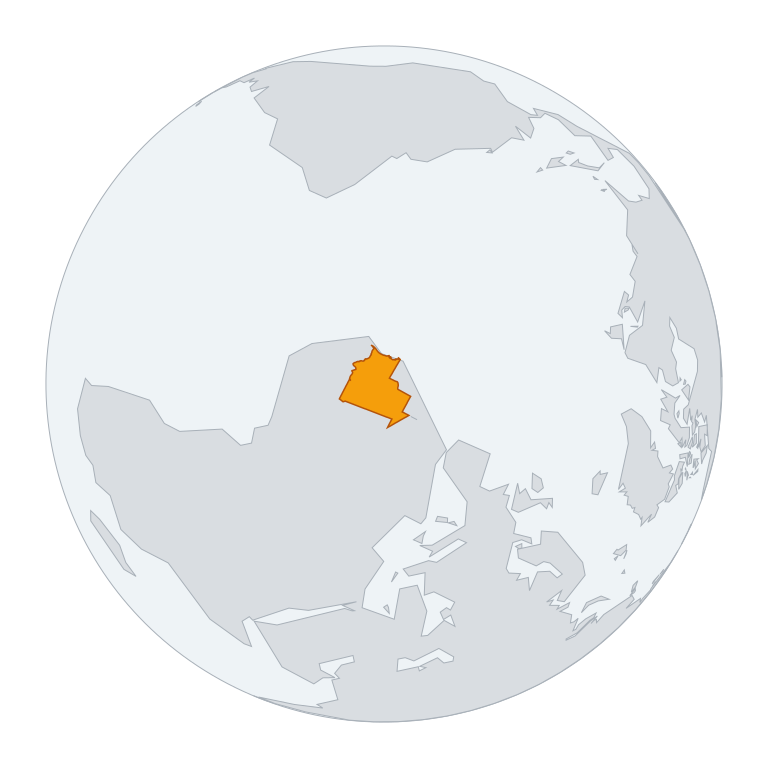 Mauritania on an orthographic globe, rotated 119°
{"feature_id": "MRT", "entity_name": "Mauritania", "entity_type": "country or territory", "adm_level": 0, "iso_a3": "MRT", "parent_name": "Africa", "parent_adm1": "", "projection": "orthographic", "projection_center": [-11.622, 21.016], "detail": "fine", "context": "on_globe", "style": "filled", "palette": "amber", "viewbox_px": 768, "rotation_deg": 119, "n_neighbors": 0, "source": "natural_earth", "source_scale": "50m", "svg_char_len": 13163}
<svg xmlns="http://www.w3.org/2000/svg" viewBox="0 0 768 768"><g transform="rotate(119 384 384)"><circle cx="384" cy="384" r="338" fill="#eef3f6" stroke="#a8b0b8"/><path d="M165.6,126.1L176.7,117.2L169.2,123.4L177.3,117.2L187.3,109.5L191.9,106.1L233.4,81.8L261.2,69.2L288.2,59.9L315.9,53.0L315.7,53.1L331.6,50.2L322.0,53.4L284.2,64.8L283.0,68.6L255.1,86.9L261.8,85.2L255.5,92.4L260.9,93.4L254.2,97.5L264.3,94.9L269.4,91.1L275.5,89.0L279.2,89.5L271.3,94.4L268.3,94.9L267.8,96.7L262.3,99.1L267.1,98.2L257.1,104.8L272.3,99.4L268.8,105.5L260.7,109.7L254.7,107.8L221.0,116.0L211.0,121.3L202.8,129.9L201.8,148.1L193.5,155.3L187.3,166.2L194.9,162.3L202.5,152.7L215.2,149.2L223.0,138.8L229.3,136.3L240.1,127.1L245.7,130.5L245.4,139.0L236.8,147.2L236.4,151.5L250.5,146.0L240.1,164.5L243.3,183.2L239.8,188.4L222.4,192.9L207.4,186.3L184.8,196.1L206.8,192.2L197.7,206.8L199.3,210.7L204.1,211.9L210.4,207.6L208.8,213.6L186.5,218.6L187.6,213.2L194.6,211.4L187.5,208.8L172.4,214.1L169.0,222.0L149.8,224.5L147.1,230.5L141.5,235.0L147.0,225.0L136.7,243.7L113.6,255.3L99.0,289.4L105.4,258.9L102.8,251.8L98.2,247.4L95.6,252.7L93.2,241.9L84.8,246.9L72.3,270.9L65.8,293.6L69.3,302.3L74.7,293.2L79.8,296.5L66.9,323.3L74.3,337.5L68.3,359.6L69.2,374.5L75.2,376.2L80.7,386.8L87.8,376.8L97.8,375.0L94.8,394.0L102.9,379.8L106.8,391.8L128.7,401.5L126.2,405.0L144.2,435.6L168.8,453.9L174.4,469.4L171.0,476.8L180.6,482.1L180.9,487.6L223.7,506.3L249.3,524.6L250.9,543.1L234.3,560.4L230.5,599.9L203.7,605.6L204.5,620.0L196.8,636.3L179.5,628.8L192.4,641.7L189.3,645.1L180.2,641.6L185.5,648.4L179.2,645.6L188.3,652.5L188.6,657.0L200.7,666.0L203.6,669.4L211.8,674.6L209.0,673.0L208.9,673.0L209.5,673.4L184.0,656.4L183.5,656.0L179.3,652.7L175.5,649.8L165.5,639.9L165.2,640.5L146.3,619.9L137.4,604.5L112.7,550.1L105.1,536.2L89.2,514.5L69.0,459.7L70.7,443.7L67.9,432.6L77.2,413.0L77.2,386.1L74.6,380.0L70.5,386.9L64.0,362.4L65.1,340.2L63.3,281.2L67.1,268.7L73.3,253.3L104.3,194.3L76.3,244.7L81.2,234.1L94.4,209.9L109.6,186.8L126.6,165.1L145.3,144.8L165.6,126.1ZM93.8,300.2L102.7,327.0L93.3,323.0L95.9,321.1L94.6,311.7L90.6,300.5L83.6,298.6L93.8,300.2ZM107.5,286.6L105.6,283.5L108.1,285.2L107.5,286.6ZM193.1,105.2L187.0,109.7L176.3,117.8L180.8,114.1L193.1,105.2ZM212.6,92.8L214.3,91.8L212.7,92.8L203.8,98.2L204.6,97.6L212.6,92.8ZM236.2,126.1L238.0,126.6L235.1,128.0L236.2,126.1ZM239.1,121.8L234.4,123.1L235.1,121.3L238.0,120.5L239.1,121.8ZM244.8,120.8L236.9,118.0L238.2,115.0L250.4,109.9L244.8,120.8ZM359.1,47.0L359.6,47.0L356.7,47.2L359.1,47.0ZM269.4,89.8L264.1,93.8L265.2,90.1L269.4,89.8ZM268.6,88.0L262.9,81.4L272.5,76.4L272.5,79.3L282.2,73.1L289.7,73.7L286.0,77.3L278.3,80.2L287.0,78.4L268.6,88.0ZM359.3,47.3L362.2,47.2L357.7,47.5L359.3,47.3ZM278.1,87.8L276.1,86.7L284.3,82.1L289.8,83.7L285.3,84.6L278.1,87.8ZM281.1,71.4L288.2,68.7L296.2,68.3L300.0,67.4L290.7,73.3L281.1,71.4ZM285.3,85.9L292.3,84.7L291.8,87.5L280.6,88.7L285.3,85.9ZM284.1,80.4L288.2,78.4L287.7,79.9L284.1,80.4ZM293.8,98.0L291.3,96.0L295.3,93.3L293.8,98.0ZM295.0,84.1L295.1,83.1L296.4,82.0L300.8,81.9L295.0,84.1ZM297.0,72.9L298.8,73.6L301.2,70.4L307.3,70.6L300.0,74.7L305.7,73.0L307.5,73.1L299.5,76.5L297.0,72.9ZM309.2,78.7L302.0,84.9L305.9,88.8L302.4,91.1L296.8,84.6L309.2,78.7ZM304.2,77.0L306.5,78.5L301.0,80.3L296.0,80.5L304.2,77.0ZM314.0,69.3L306.6,68.0L308.4,67.2L314.0,69.3ZM311.4,79.4L313.1,77.9L312.3,79.4L311.4,79.4ZM314.4,71.8L311.6,71.4L313.7,70.4L314.4,71.8ZM318.9,75.7L316.5,77.5L313.1,77.5L318.9,75.7ZM317.7,73.6L321.4,72.5L313.3,76.4L316.1,73.5L317.7,73.6ZM317.0,71.1L317.3,70.4L317.9,71.4L317.0,71.1ZM333.3,75.2L323.8,80.1L316.2,79.9L326.4,75.0L333.3,75.2ZM212.8,675.3L212.0,674.8L227.2,683.2L225.1,682.3L212.8,675.3ZM225.1,680.6L229.0,681.5L232.5,683.3L230.6,683.2L225.1,680.6ZM379.2,46.1L378.8,46.1L379.8,46.2L359.6,47.0L359.1,47.0L379.2,46.1ZM694.7,251.1L694.9,251.6L708.8,293.6L716.3,324.2L718.6,342.0L707.7,306.9L697.1,280.4L696.7,287.2L682.5,271.3L668.2,286.1L663.0,280.3L661.0,286.9L650.5,285.0L641.4,275.2L636.5,279.5L660.0,305.1L664.9,300.7L664.6,284.5L670.6,295.0L680.3,300.0L680.9,336.0L654.4,382.6L646.6,360.7L599.4,309.6L597.9,302.0L597.5,301.2L596.6,299.9L597.7,312.8L587.8,302.5L618.6,340.3L626.1,358.5L654.2,384.3L652.8,389.0L660.3,393.1L677.8,372.6L679.0,380.4L674.0,422.4L645.1,486.0L646.0,516.1L638.8,543.6L614.3,569.4L609.9,588.2L596.2,599.2L591.0,610.2L576.3,624.6L554.3,640.0L523.8,647.9L527.1,639.0L519.8,623.9L511.8,581.2L525.0,557.0L524.5,539.7L501.9,503.7L507.2,479.7L499.9,471.2L485.4,475.8L476.3,465.4L467.0,466.3L405.4,480.6L383.5,466.6L349.8,420.4L358.7,400.8L354.8,378.4L411.2,297.5L429.4,300.0L480.8,282.5L488.4,284.0L489.0,302.0L533.0,315.0L539.3,298.2L572.5,301.2L590.3,294.7L584.8,261.0L555.6,270.9L543.9,257.4L561.9,236.4L586.5,229.2L582.7,223.9L561.6,216.8L561.6,204.4L553.7,213.6L561.1,217.8L556.3,224.2L549.3,220.9L549.5,216.3L540.5,216.4L541.6,239.6L549.2,246.4L529.1,256.6L540.0,269.2L536.5,277.5L516.9,259.4L514.5,251.5L482.8,234.9L483.5,243.9L513.5,260.6L506.7,260.4L507.9,274.4L501.6,263.7L468.6,244.6L446.7,254.2L428.6,291.5L413.8,296.3L396.8,291.6L393.6,257.3L427.2,250.5L426.5,239.8L411.3,226.5L422.8,226.1L420.7,220.3L432.6,217.6L441.1,201.6L451.9,198.1L447.3,180.9L452.2,177.2L453.5,188.1L460.2,194.5L486.1,187.7L488.8,183.1L483.7,172.8L491.4,172.9L483.2,164.0L494.2,156.6L473.9,158.6L467.4,148.2L469.6,138.6L463.8,135.9L460.1,151.9L461.9,158.2L469.3,162.7L471.0,182.1L463.8,187.1L448.2,169.4L436.3,175.1L429.4,160.1L443.7,123.8L453.7,115.4L487.0,120.8L489.3,127.5L478.5,128.5L495.8,136.1L490.9,131.3L497.3,131.9L492.7,123.4L497.1,123.5L485.2,115.7L490.0,114.9L497.5,119.8L494.8,108.0L502.6,105.1L499.9,102.6L494.8,100.6L508.2,99.1L505.6,97.3L500.2,97.1L491.6,93.7L481.5,87.5L486.7,87.2L491.0,89.4L507.9,94.4L518.7,101.1L519.8,100.5L511.7,94.7L491.1,88.5L483.5,84.9L493.1,86.8L489.0,85.8L486.9,84.1L489.7,82.4L479.1,80.0L448.7,64.5L451.0,60.8L462.9,63.5L447.2,55.7L451.1,54.3L446.1,53.8L435.2,51.1L433.9,51.3L430.6,51.0L402.1,46.8L399.4,46.4L387.2,46.1L411.6,47.2L435.8,50.1L459.8,54.7L483.4,61.0L506.5,69.1L529.0,78.8L550.6,90.0L571.5,102.8L591.3,117.1L610.0,132.8L627.6,149.8L643.9,168.0L658.8,187.4L672.3,207.7L684.3,229.0L694.7,251.1ZM399.2,337.8L399.4,344.7L399.4,344.8L399.2,337.8ZM617.8,238.4L629.0,233.3L614.7,217.0L617.8,214.0L611.8,209.9L613.6,215.9L597.5,204.5L599.0,196.4L592.9,189.3L588.8,190.8L588.7,207.8L611.7,223.6L613.1,232.8L617.8,238.4ZM129.5,401.5L131.7,406.4L127.9,404.9L129.5,401.5ZM89.8,329.8L92.8,332.5L93.6,336.6L90.9,335.8L89.8,329.8ZM120.0,348.9L124.4,353.0L118.9,352.0L120.0,348.9ZM104.6,330.8L116.3,346.4L105.7,346.8L98.6,337.2L104.8,339.2L104.6,330.8ZM101.6,296.2L102.9,299.0L101.0,302.0L101.6,296.2ZM109.3,288.0L108.4,287.7L108.7,284.2L109.3,288.0ZM199.0,206.5L200.8,206.3L204.6,208.6L200.8,209.9L199.0,206.5ZM233.7,207.2L230.5,216.9L230.2,210.5L224.2,213.5L216.2,204.5L237.6,190.6L229.3,198.2L233.7,207.2ZM211.4,189.9L214.1,196.4L210.3,189.9L211.4,189.9ZM397.6,194.3L404.3,196.9L403.7,203.9L390.0,210.9L390.7,200.6L397.6,194.3ZM414.0,199.3L402.3,181.2L410.4,177.0L407.8,182.3L414.3,181.3L412.0,189.6L431.1,204.3L431.8,211.7L406.0,219.0L414.1,212.2L407.0,209.6L414.0,199.3ZM358.3,151.1L353.3,145.5L377.2,143.2L379.1,148.8L365.5,155.4L355.3,152.8L358.3,151.1ZM267.9,113.4L264.5,113.1L266.7,111.5L271.4,110.4L267.9,113.4ZM292.3,97.2L285.2,113.6L280.9,113.9L281.9,124.4L271.0,129.4L270.7,122.2L263.1,134.6L258.4,130.2L254.5,138.7L255.0,122.2L250.5,119.5L259.7,120.4L269.8,115.7L272.9,112.8L278.2,103.1L273.6,95.9L282.9,90.9L290.8,89.3L293.3,90.3L286.4,93.0L294.8,92.4L286.8,97.2L292.3,97.2ZM377.1,86.2L368.1,86.9L383.5,90.5L375.6,93.6L377.8,93.9L374.7,98.0L374.9,103.8L370.4,104.7L372.4,106.6L370.4,109.7L371.7,112.8L363.9,115.9L364.8,120.1L360.6,119.3L364.3,125.9L358.1,122.4L354.9,126.8L362.6,127.8L317.7,141.4L303.7,151.3L295.3,161.9L285.8,155.8L287.5,142.6L295.7,128.0L310.6,119.9L303.6,119.2L308.7,115.3L312.1,117.5L309.8,111.9L314.9,109.5L322.2,99.3L315.8,93.8L318.4,90.3L323.4,91.3L322.4,87.3L333.6,87.0L335.7,84.7L348.8,82.7L357.4,86.7L359.0,83.9L369.1,82.8L377.1,86.2ZM337.1,74.7L349.1,77.6L350.7,81.1L327.1,83.4L323.7,85.5L308.7,88.1L306.7,83.3L311.2,82.9L315.1,81.4L314.1,83.5L317.8,80.8L324.1,80.4L328.7,78.3L331.3,79.7L337.1,74.7ZM492.9,276.2L498.0,275.9L505.1,273.5L506.0,282.7L492.9,276.2ZM470.4,263.4L474.4,261.4L479.1,272.3L473.8,273.0L470.4,263.4ZM472.6,251.6L474.3,260.5L470.2,256.1L472.6,251.6ZM456.8,186.1L460.6,183.9L462.6,186.1L462.3,190.2L456.8,186.1ZM421.1,101.1L415.6,100.1L415.8,98.8L406.8,93.9L412.0,91.7L419.4,93.8L421.1,101.1ZM582.1,268.2L579.4,276.1L575.6,274.1L577.3,271.7L582.1,268.2ZM542.7,280.2L553.6,281.5L542.8,282.7L542.7,280.2ZM425.2,97.9L420.9,96.0L426.1,96.2L425.2,97.9ZM415.3,89.9L420.7,89.6L411.5,90.9L415.3,89.9ZM672.2,521.6L645.9,574.1L636.9,579.2L640.2,567.1L653.2,537.0L665.3,523.3L672.5,507.6L672.2,521.6ZM719.7,345.4L719.9,347.1L716.8,326.5L718.7,337.4L719.7,345.4ZM463.1,82.7L469.9,91.5L478.2,97.7L488.3,100.5L477.0,100.9L464.2,91.3L463.1,82.7ZM450.0,66.4L441.2,65.0L442.9,63.9L445.2,64.1L450.0,66.4ZM446.2,66.8L439.3,68.5L433.0,66.7L439.7,65.6L446.2,66.8ZM432.7,81.6L434.4,84.1L430.1,83.7L432.7,81.6ZM364.3,46.9L362.4,47.2L361.6,47.1L364.3,46.9ZM430.2,51.3L425.7,50.8L424.9,50.2L430.2,51.3ZM412.8,49.5L416.8,50.4L410.4,49.5L412.8,49.5ZM426.1,52.7L417.3,50.8L428.8,52.6L426.1,52.7Z" fill="#d9dde1" stroke="#a8b0b8" stroke-width="1"/><path d="M380.2,420.5L379.5,420.1L379.2,419.6L378.8,419.2L378.1,418.9L377.7,418.6L377.5,418.3L377.2,418.1L376.9,417.8L377.0,417.7L376.9,417.4L376.6,416.7L376.2,416.4L375.9,416.5L375.7,416.4L375.6,416.2L375.4,415.8L375.0,415.7L374.7,415.3L374.5,414.4L374.2,413.6L373.9,413.1L373.6,412.9L373.4,412.9L373.3,412.7L373.0,412.6L372.7,412.8L372.3,412.7L372.1,412.5L371.9,412.4L371.6,412.6L371.3,412.6L370.9,412.3L370.7,411.9L370.7,411.6L370.1,411.0L368.9,410.0L367.6,409.5L366.1,409.6L365.3,409.5L365.2,409.4L364.8,409.5L364.6,409.6L364.4,409.5L364.2,409.8L363.7,409.9L362.8,409.9L362.0,410.0L361.4,410.3L360.6,410.4L359.5,410.3L358.9,410.2L358.6,410.0L358.3,410.0L357.9,410.0L357.6,410.5L357.2,411.3L356.9,411.8L356.7,411.9L356.5,412.6L356.4,413.6L356.2,414.1L356.2,411.4L356.5,410.5L356.7,409.6L357.4,407.7L358.2,406.2L359.0,404.1L359.3,402.1L359.2,400.1L359.1,398.4L358.7,397.2L358.4,395.5L357.9,394.6L357.0,393.8L356.8,393.3L357.0,393.2L357.6,393.1L358.0,392.5L357.2,392.7L358.2,390.9L358.5,389.6L358.5,388.8L358.6,388.3L358.0,387.2L357.5,385.7L357.2,385.5L357.0,385.4L356.9,385.7L356.8,386.0L356.4,385.8L355.9,384.8L355.1,383.1L354.8,382.9L354.6,383.1L354.4,383.4L354.1,384.7L354.1,384.2L354.2,383.5L354.4,382.8L354.7,381.7L355.4,381.7L356.6,381.7L357.9,381.8L359.2,381.8L360.4,381.8L361.7,381.9L362.9,381.9L364.2,381.9L365.4,381.9L366.7,382.0L368.0,382.0L369.2,382.0L370.5,382.0L371.7,382.0L373.0,382.1L374.3,382.1L375.5,382.1L376.3,382.1L376.3,381.3L376.3,380.7L376.2,379.8L376.2,379.0L376.1,378.2L376.1,377.4L376.1,376.6L376.0,375.9L376.0,375.2L375.9,374.9L375.7,374.1L375.6,373.7L375.7,373.3L375.9,372.9L376.3,372.3L377.1,371.7L377.9,371.1L378.6,370.7L378.9,370.6L379.9,370.4L380.7,370.1L381.5,369.7L381.8,369.5L381.9,368.9L381.9,368.2L381.9,367.4L381.9,366.6L381.9,365.8L381.9,365.0L381.9,364.2L381.9,363.4L381.9,362.6L381.9,361.8L381.9,361.0L381.9,360.2L381.9,359.4L381.9,358.6L381.9,357.8L381.9,357.0L381.9,356.2L381.9,355.4L381.9,354.7L382.7,354.7L383.7,354.7L384.7,354.7L385.7,354.7L386.7,354.7L387.6,354.7L388.6,354.7L389.6,354.6L390.6,354.6L391.6,354.6L392.6,354.6L393.6,354.6L394.6,354.6L395.5,354.6L396.5,354.6L397.5,354.6L398.5,354.5L399.6,354.5L399.6,353.9L399.5,352.9L399.5,351.6L399.5,350.3L399.4,349.1L399.4,347.9L399.4,347.0L400.4,347.6L401.4,348.2L402.4,348.8L403.4,349.5L404.4,350.1L405.4,350.7L406.4,351.3L407.4,352.0L408.5,352.6L409.5,353.2L410.5,353.8L411.5,354.4L412.5,355.1L413.6,355.7L414.6,356.3L415.6,356.9L416.5,357.4L417.8,358.2L419.0,359.0L420.3,359.8L418.4,359.9L415.9,360.0L414.2,360.0L412.5,360.1L410.8,360.1L411.0,361.5L411.2,362.9L411.4,364.4L411.7,365.8L411.9,367.3L412.1,368.8L412.3,370.2L412.5,371.7L412.7,373.1L412.9,374.6L413.1,376.1L413.3,377.5L413.5,379.0L413.7,380.4L413.9,381.9L414.1,383.4L414.3,384.8L414.5,386.3L414.7,387.7L415.0,389.2L415.2,390.7L415.4,392.1L415.6,393.6L415.8,395.0L416.0,396.5L416.2,398.0L416.4,399.4L416.6,400.9L416.8,402.3L417.0,403.8L417.2,405.2L417.4,406.7L417.6,408.2L417.8,409.6L418.5,410.3L419.4,411.2L419.2,412.5L418.9,414.1L418.7,415.8L417.5,415.9L416.3,415.9L415.2,416.0L414.0,416.0L412.8,416.0L411.7,416.1L410.5,416.1L409.4,416.1L408.2,416.2L407.1,416.2L405.9,416.2L404.8,416.3L403.6,416.3L402.4,416.3L401.3,416.3L400.1,416.4L399.0,416.4L397.9,416.4L397.2,416.4L397.0,416.2L396.9,415.3L396.7,415.4L396.5,415.7L396.3,416.0L396.4,416.3L396.4,416.6L395.6,416.8L394.6,417.0L393.6,417.2L392.5,417.1L392.1,417.1L391.7,416.9L390.9,416.8L390.4,416.8L389.9,416.8L389.3,416.9L389.1,417.1L388.6,417.7L388.1,418.5L387.8,418.5L387.5,418.1L386.6,417.3L385.5,416.3L384.9,415.7L384.7,415.7L384.1,416.1L383.7,416.4L383.2,416.9L383.0,417.4L382.8,418.0L382.7,418.7L382.6,419.4L382.2,420.1L381.7,420.6L381.4,420.8L381.2,420.9L380.2,420.5ZM357.6,391.3L357.3,391.9L357.1,391.7L357.1,391.3L357.4,390.8L357.6,390.5L357.8,390.4L357.6,391.3Z" fill="#f59e0b" stroke="#b45309" stroke-width="1.5"/></g></svg>